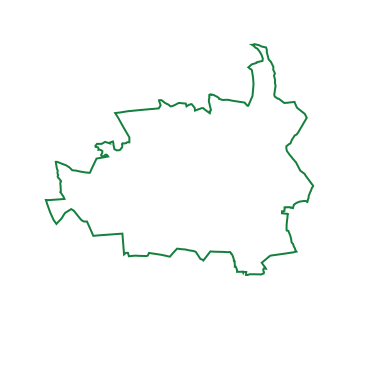 outline of Ayapango, México, Mexico, rotated 63°
{"feature_id": "50627088B15580973923265", "entity_name": "Ayapango", "entity_type": "district", "adm_level": 2, "iso_a3": "MEX", "parent_name": "Mexico", "parent_adm1": "México", "projection": "albers", "projection_center": [-98.817, 19.12], "detail": "fine", "context": "isolated", "style": "outline", "palette": "green", "viewbox_px": 384, "rotation_deg": 63, "n_neighbors": 0, "source": "geoboundaries", "source_scale": "gbopen_adm2", "svg_char_len": 5947}
<svg xmlns="http://www.w3.org/2000/svg" viewBox="0 0 384 384"><g transform="rotate(63 192 192)"><path d="M178.0,56.1L173.7,56.0L166.5,59.3L164.9,60.0L164.4,60.2L158.6,59.9L158.3,59.8L156.8,63.7L155.7,66.7L154.5,69.4L148.2,72.4L147.7,73.3L144.6,74.9L142.7,74.6L140.5,73.0L136.1,69.9L135.6,69.4L132.2,68.5L129.9,67.1L125.5,66.1L124.1,64.3L119.9,64.1L117.5,62.7L111.8,62.6L108.7,63.5L101.5,61.9L99.3,60.8L96.8,60.4L94.8,62.9L93.9,64.0L91.9,65.4L90.2,67.3L88.5,69.4L88.7,70.0L88.8,70.0L88.1,71.7L90.0,70.5L91.7,70.2L94.2,68.6L97.7,68.0L101.2,67.8L105.2,68.3L106.9,69.5L107.2,69.7L105.8,75.3L105.8,75.6L106.3,75.9L105.6,79.7L105.6,79.9L105.4,80.8L106.5,85.2L109.0,84.1L109.6,83.6L110.9,83.4L118.1,85.8L120.7,86.9L124.0,88.3L133.9,94.5L140.7,102.7L140.3,103.5L138.7,103.8L137.3,104.4L136.3,104.4L132.3,110.0L128.4,115.4L127.2,116.7L125.9,118.6L123.9,122.9L122.9,124.0L122.0,124.7L121.5,125.5L120.8,125.3L119.4,125.9L118.8,126.2L118.2,126.7L116.2,128.1L115.7,128.4L115.0,129.1L113.6,130.9L114.0,131.0L113.9,131.1L113.4,132.5L114.7,133.3L115.7,133.5L117.0,134.8L119.3,136.0L121.0,136.3L124.7,137.3L127.0,137.7L127.7,138.0L127.9,138.3L128.1,138.8L128.1,139.4L129.2,139.7L129.9,140.4L123.9,143.4L122.5,143.8L121.7,145.3L121.0,150.7L120.8,152.4L120.0,152.1L118.3,151.4L113.6,152.4L113.2,153.0L113.3,153.7L112.9,155.0L113.2,158.0L110.4,157.4L106.9,162.9L106.6,163.9L106.7,166.6L106.7,166.9L106.6,170.1L106.0,172.2L104.4,173.0L104.1,173.0L103.9,173.1L103.7,173.1L103.3,173.4L102.7,173.9L101.0,175.2L100.6,175.5L97.0,177.2L96.7,177.3L96.3,177.6L96.1,177.9L95.8,178.5L95.3,179.7L96.2,180.0L100.5,180.6L102.4,183.6L100.5,188.5L98.5,193.3L94.8,202.6L90.8,212.8L88.7,219.4L86.8,224.6L93.8,224.0L95.3,224.0L103.1,223.7L114.9,223.0L119.3,225.3L118.3,227.0L118.3,227.8L118.6,228.4L117.9,230.6L117.1,231.7L117.2,232.3L117.8,232.8L118.9,232.9L119.8,233.6L120.4,233.9L120.7,234.6L121.2,235.8L121.7,236.4L121.8,237.7L120.7,240.2L119.6,240.9L118.7,241.7L114.8,240.7L113.1,240.0L111.1,239.5L110.7,242.4L111.7,242.8L107.9,246.7L108.1,250.7L106.0,254.8L107.1,257.2L108.0,257.4L109.1,256.0L109.7,255.5L110.5,255.5L111.2,255.7L111.9,256.2L112.2,255.2L113.9,253.7L114.9,253.3L116.6,254.4L117.8,256.3L118.4,256.2L118.9,256.1L119.3,255.7L119.7,255.2L119.9,254.6L120.1,254.0L119.9,253.5L119.6,252.7L119.6,251.9L119.8,251.4L120.8,250.8L122.3,250.6L118.9,261.9L125.9,271.1L127.6,273.0L128.5,274.4L126.5,277.6L123.3,282.0L120.1,285.9L118.3,288.8L114.3,290.1L113.2,290.8L111.0,292.1L107.4,295.4L106.1,296.5L103.9,298.5L103.3,299.7L109.2,301.6L110.6,301.9L111.7,301.8L113.6,303.0L114.7,303.5L115.3,303.5L115.8,303.4L116.3,303.7L117.0,304.6L117.7,304.7L118.5,304.8L119.3,304.4L120.1,304.2L121.3,304.1L122.4,303.7L123.3,304.0L123.5,304.8L124.3,305.3L125.2,305.7L126.1,306.1L127.3,306.4L128.2,307.0L129.1,307.3L130.1,307.8L131.0,308.1L131.7,308.6L132.2,308.8L132.3,309.4L132.6,309.3L132.9,309.3L134.8,309.0L135.7,308.9L136.6,308.8L137.7,308.6L138.4,308.7L139.0,308.7L140.3,308.8L138.0,314.3L134.2,323.3L132.8,325.8L137.8,326.6L142.5,327.2L145.6,327.6L151.6,327.9L153.8,328.0L154.3,328.0L158.9,327.3L158.6,326.6L157.1,322.2L156.4,320.4L155.7,319.1L154.4,317.1L153.1,314.7L152.9,313.6L152.8,312.3L152.4,307.4L155.1,305.8L166.1,303.5L167.8,302.8L169.3,301.6L170.6,299.0L179.0,299.4L185.9,299.8L186.3,299.8L188.1,295.2L197.5,272.9L216.8,280.9L216.2,278.4L217.2,276.7L220.6,277.4L222.1,273.5L222.8,271.9L223.4,270.6L224.3,269.2L225.3,267.3L225.8,266.4L226.1,265.9L226.9,264.3L228.5,261.5L228.5,260.8L228.5,260.1L226.8,258.0L231.9,250.8L234.6,247.1L239.6,241.1L239.0,239.6L237.3,235.5L237.0,234.6L235.7,231.0L238.7,226.5L239.2,225.6L240.0,224.3L241.9,221.9L243.5,220.1L243.8,219.4L245.0,217.8L246.1,216.6L247.2,215.8L250.6,215.4L255.4,214.9L257.0,213.5L258.2,213.0L253.3,202.6L254.7,200.3L257.1,196.0L259.0,192.4L260.7,189.4L261.8,187.6L262.8,185.3L264.8,185.1L264.8,184.9L266.5,184.7L268.9,184.9L270.1,185.2L271.6,185.4L273.0,185.5L272.9,185.9L273.5,185.8L274.0,186.0L274.8,186.3L275.3,186.5L276.8,187.1L278.0,187.8L278.4,186.9L279.7,187.0L281.0,187.2L282.3,187.4L282.8,187.7L283.6,188.1L285.3,184.6L286.1,182.8L287.3,183.0L286.7,182.2L287.3,181.1L287.9,180.0L290.3,181.5L290.4,181.2L290.9,180.8L291.2,180.0L291.5,177.9L295.6,170.0L296.9,167.9L296.8,167.5L296.9,167.2L296.9,166.8L297.0,166.4L297.0,166.0L297.1,165.6L297.2,165.2L296.7,164.7L296.3,164.3L295.8,164.3L295.5,164.3L295.2,164.2L294.9,164.1L294.7,164.1L294.3,164.1L293.9,163.9L293.5,163.6L293.1,163.3L292.7,162.8L292.6,162.5L292.8,162.2L293.4,161.7L293.9,161.0L292.7,161.0L292.1,161.1L291.6,161.1L290.9,161.3L290.0,161.5L288.9,161.7L288.2,161.8L286.7,162.0L285.2,155.3L284.8,154.0L284.4,151.9L284.3,151.0L286.3,145.2L288.9,137.7L290.5,132.8L291.6,129.7L292.5,126.0L290.9,126.3L289.1,125.9L286.9,126.0L284.2,125.6L282.1,126.1L280.0,125.4L278.1,124.8L275.0,124.2L270.5,123.8L269.9,124.2L269.5,124.9L269.3,125.1L269.1,125.0L268.2,124.7L266.3,123.7L265.3,123.2L263.9,122.4L263.3,122.0L261.6,121.0L261.3,120.8L259.9,119.8L258.6,118.9L257.1,118.0L256.3,117.5L255.7,117.0L255.5,116.8L255.3,116.5L255.0,116.7L254.8,116.8L253.7,118.6L251.8,121.5L250.1,120.5L250.5,120.0L250.8,118.7L250.8,118.2L250.2,117.9L249.4,117.4L248.7,117.0L247.8,116.6L248.0,116.2L247.9,116.2L247.9,115.8L248.8,114.1L249.9,111.7L250.6,111.5L250.9,111.2L250.9,110.8L251.0,110.8L252.2,109.4L251.5,108.8L250.5,107.8L249.6,107.0L249.3,105.3L249.2,103.6L249.2,102.5L249.4,101.4L249.5,100.2L249.7,99.7L249.9,99.0L250.4,97.6L250.8,96.3L251.1,95.7L251.5,95.1L251.8,94.6L252.3,94.3L253.1,94.0L253.3,93.8L251.2,92.0L250.5,91.0L248.6,89.9L245.8,86.8L244.8,85.4L243.4,83.9L242.8,83.4L242.6,82.8L242.3,82.2L241.5,81.2L241.2,81.3L234.6,82.4L229.3,83.3L227.0,83.4L222.3,85.8L212.5,85.9L211.5,86.3L209.6,86.6L208.6,87.0L207.7,87.2L206.6,87.3L205.3,87.6L204.3,87.9L202.6,88.2L201.2,88.4L198.5,88.8L196.9,88.4L195.3,87.9L194.0,87.0L193.8,85.6L193.4,84.1L193.4,82.2L190.8,79.3L189.9,77.6L188.3,75.0L188.3,72.7L187.1,70.3L178.0,56.1Z" fill="none" stroke="#15803d" stroke-width="2"/></g></svg>